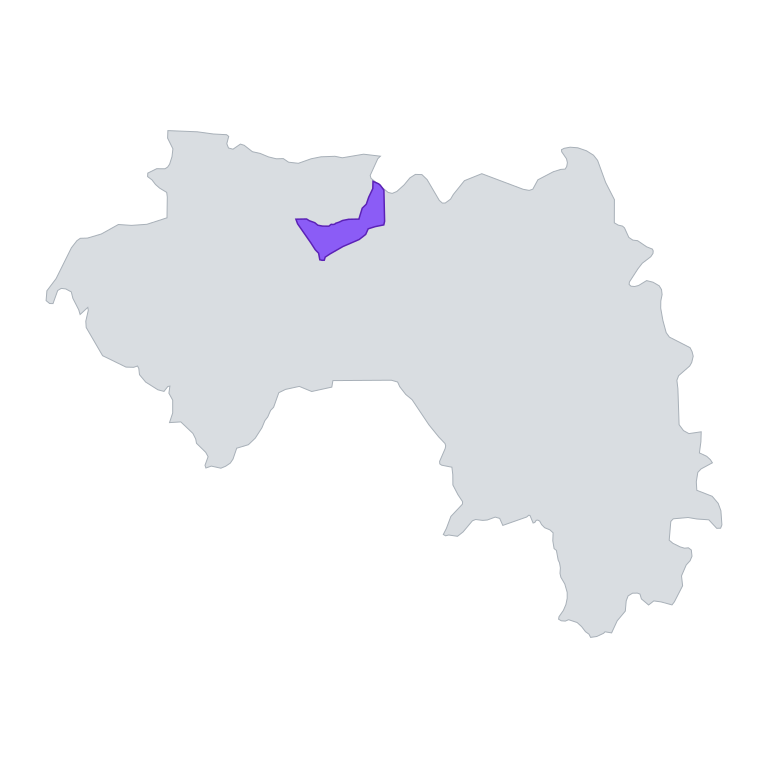 location of Koubia within Guinea
{"feature_id": "GIN-5645", "entity_name": "Koubia", "entity_type": "Prefecture", "adm_level": 1, "iso_a3": "GIN", "parent_name": "Guinea", "parent_adm1": "", "projection": "orthographic", "projection_center": [-11.818, 11.71], "detail": "fine", "context": "in_parent", "style": "filled", "palette": "violet", "viewbox_px": 768, "rotation_deg": 0, "n_neighbors": 0, "source": "natural_earth", "source_scale": "10m", "svg_char_len": 4302}
<svg xmlns="http://www.w3.org/2000/svg" viewBox="0 0 768 768"><path d="M482.7,520.4L475.6,519.5L472.4,520.8L463.1,531.9L457.5,536.3L448.7,535.0L445.6,535.8L443.3,534.5L446.4,528.4L450.9,516.4L462.4,504.2L462.6,501.7L457.9,494.6L452.9,485.0L452.8,474.7L451.9,467.2L441.7,465.2L439.8,463.9L439.6,461.4L445.2,448.5L445.7,445.8L445.0,443.5L438.7,436.9L428.9,424.8L412.1,399.7L405.8,394.5L399.8,386.8L397.6,382.0L391.3,380.2L332.9,380.6L331.8,387.1L311.7,391.5L299.3,386.4L285.5,389.4L278.8,392.7L273.6,407.3L270.6,410.4L267.7,417.0L264.9,420.6L261.9,427.8L255.3,438.1L248.4,444.7L236.7,448.2L233.0,459.1L230.3,463.1L225.7,466.2L220.9,468.2L211.3,466.1L205.9,468.0L205.0,465.3L208.1,456.7L205.7,452.3L196.5,443.3L195.7,439.0L192.9,433.4L180.8,421.9L169.5,422.6L172.7,413.0L172.7,400.2L168.9,393.2L169.9,386.1L167.8,386.5L164.0,391.4L157.9,389.8L145.7,382.1L139.5,374.7L138.8,368.4L137.5,366.0L133.7,367.3L126.0,367.1L102.6,355.7L86.2,327.5L85.8,321.2L88.3,310.3L87.8,307.4L80.1,314.5L78.7,309.7L72.9,298.4L71.3,291.9L65.7,288.9L61.2,288.4L57.7,290.5L53.0,303.6L49.6,303.5L46.1,300.6L46.9,290.8L56.1,278.6L71.4,247.8L76.9,240.7L80.3,238.3L87.4,238.1L101.3,234.0L118.4,224.5L131.5,225.4L146.9,224.3L167.0,217.8L167.3,197.0L166.7,192.4L159.6,188.1L155.5,184.5L152.0,179.9L147.6,176.6L147.8,173.1L156.7,168.7L164.9,168.8L167.6,167.1L169.6,164.2L172.0,156.7L172.9,148.8L167.6,138.1L167.9,130.6L197.3,131.8L213.4,134.0L226.6,134.7L228.7,136.4L226.8,143.7L228.5,148.0L233.0,149.2L240.4,144.1L244.2,145.3L252.4,151.7L260.1,153.4L268.5,156.9L276.3,158.8L283.3,158.6L288.6,162.2L298.4,163.3L311.1,158.8L321.0,156.8L335.0,156.3L342.3,157.8L363.6,154.2L380.4,156.2L377.8,158.7L370.2,175.4L371.0,178.3L388.1,192.4L392.2,193.4L396.8,191.5L404.1,184.9L409.9,177.9L415.4,174.4L421.9,174.6L427.1,179.6L439.3,200.4L442.4,203.1L445.3,203.0L450.6,199.1L453.3,194.5L464.4,180.7L481.8,173.7L523.2,189.3L529.2,190.4L532.8,189.2L537.9,179.8L553.4,171.7L560.8,169.4L565.1,169.1L566.7,166.6L567.4,162.7L566.5,158.8L561.7,151.8L561.5,149.7L564.2,148.3L570.1,147.2L577.8,147.8L586.5,150.8L593.5,155.2L597.6,160.4L605.6,182.4L614.4,199.6L614.3,222.8L618.2,225.1L622.5,226.1L624.5,227.9L628.8,237.4L632.8,240.1L637.6,240.7L646.6,246.8L652.4,249.1L653.2,250.9L653.0,253.4L650.8,256.7L642.3,263.2L638.0,268.7L629.4,282.0L629.1,284.4L631.0,286.2L634.7,286.5L638.6,285.5L646.6,280.6L653.0,282.2L659.2,285.8L661.5,289.6L662.1,294.6L660.8,301.0L660.7,308.2L662.9,320.5L666.2,332.7L669.4,337.1L690.1,347.7L692.1,351.7L693.2,356.2L691.7,362.5L689.7,366.0L678.6,375.7L676.9,380.3L677.9,388.8L679.1,424.7L683.5,430.6L688.9,433.6L701.2,431.8L700.9,441.7L699.4,452.9L706.7,456.3L710.3,459.6L712.4,462.8L701.1,468.9L697.8,472.4L696.3,481.7L696.8,490.3L712.2,496.3L718.2,503.4L720.9,510.8L721.9,524.9L720.6,528.2L716.7,528.3L708.8,519.8L696.9,519.0L688.1,517.5L673.3,518.8L670.8,521.4L669.2,540.2L672.9,543.3L679.9,546.8L684.5,548.2L688.4,547.8L691.3,550.0L692.0,556.2L690.1,560.7L686.2,565.0L681.5,575.9L682.6,585.8L674.4,601.8L672.0,604.9L661.0,601.9L653.8,600.9L648.6,605.0L641.4,598.9L640.0,594.1L637.4,593.1L632.5,593.2L628.1,595.9L626.2,600.9L625.3,611.1L617.2,620.8L611.6,632.9L605.0,631.8L603.6,633.3L596.7,636.5L590.6,637.4L589.0,634.2L585.5,631.7L581.6,626.6L577.1,622.5L568.6,619.7L565.3,621.1L561.3,620.8L558.6,619.2L559.0,616.7L563.4,610.4L565.9,604.6L567.2,598.3L567.2,592.4L564.8,584.0L560.9,577.3L560.0,573.4L560.4,567.9L559.5,562.8L558.2,560.1L556.4,550.4L554.1,548.6L552.8,540.8L553.1,532.8L549.8,529.8L544.6,527.7L541.6,524.6L539.7,521.1L537.8,520.1L536.2,520.3L534.8,522.5L533.1,523.0L530.0,515.5L528.8,515.2L526.7,517.0L502.8,525.4L499.7,518.4L495.2,517.1L487.3,520.0L482.7,520.4Z" fill="#d9dde1" stroke="#a8b0b8" stroke-width="1"/><path d="M373.0,181.3L378.6,183.8L380.2,185.1L383.9,190.1L384.6,221.3L383.8,224.9L375.3,226.6L368.2,228.8L365.7,234.4L359.2,239.5L343.0,246.5L329.9,254.0L325.2,257.1L324.3,260.2L322.1,260.3L320.4,259.9L319.8,259.8L319.2,256.5L318.6,253.2L315.3,249.8L310.8,242.8L303.0,231.6L297.6,223.8L295.9,219.2L306.6,219.0L309.3,220.7L314.8,222.7L317.8,225.2L322.5,226.1L328.8,226.2L331.2,224.3L332.9,224.5L334.7,224.2L335.6,223.3L339.2,222.1L342.5,220.5L348.5,219.3L358.9,219.1L360.0,215.4L362.2,208.2L366.3,204.2L368.7,197.2L372.8,188.6L373.0,181.3Z" fill="#8b5cf6" stroke="#5b21b6" stroke-width="1.5"/></svg>